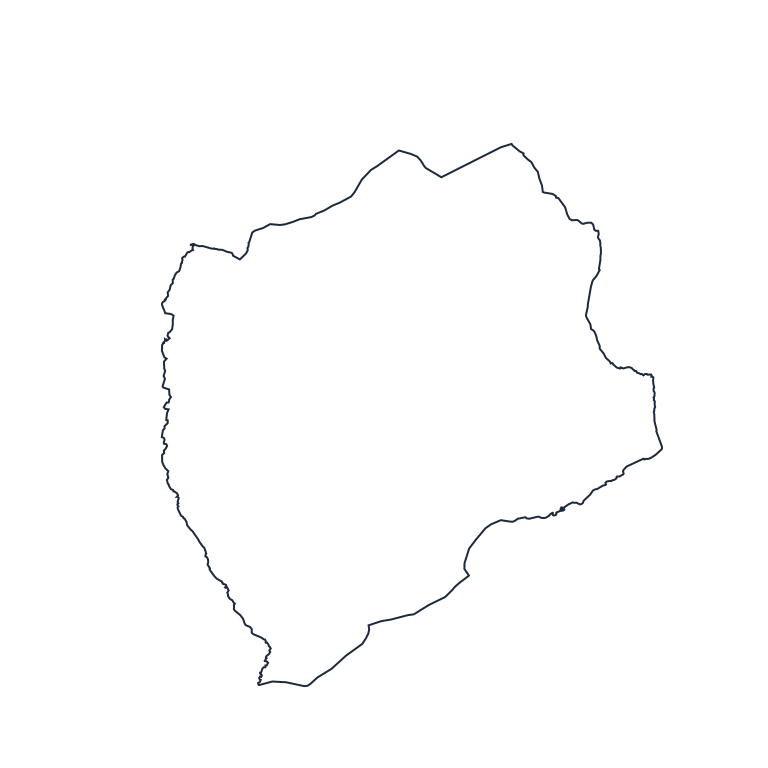 Oppegård nor, Akershus, Norway (Robinson projection), rotated 329°
{"feature_id": "86288312B19466548216946", "entity_name": "Oppegård nor", "entity_type": "district", "adm_level": 2, "iso_a3": "NOR", "parent_name": "Norway", "parent_adm1": "Akershus", "projection": "robinson", "projection_center": [10.813, 59.794], "detail": "fine", "context": "isolated", "style": "outline", "palette": "slate", "viewbox_px": 768, "rotation_deg": 329, "n_neighbors": 0, "source": "geoboundaries", "source_scale": "gbopen_adm2", "svg_char_len": 6166}
<svg xmlns="http://www.w3.org/2000/svg" viewBox="0 0 768 768"><g transform="rotate(329 384 384)"><path d="M490.0,588.2L491.9,588.6L493.4,588.3L495.0,586.9L503.7,585.0L508.3,582.9L510.5,583.0L512.5,583.8L519.1,583.8L521.9,584.7L522.7,584.3L522.7,583.2L523.0,582.7L524.6,582.3L527.2,583.2L528.9,584.3L529.9,584.1L532.0,584.8L534.6,584.6L535.5,583.4L536.1,583.3L538.0,584.5L542.5,584.7L543.3,584.2L543.8,582.1L545.1,581.0L549.5,579.7L567.5,581.6L568.1,581.8L568.1,582.5L568.6,582.9L570.3,583.2L571.7,584.3L574.7,584.8L580.2,584.6L588.3,583.0L589.3,582.2L590.0,580.7L593.1,564.7L594.0,563.9L596.6,555.4L600.0,549.3L600.9,546.8L601.8,546.3L602.8,544.6L604.7,543.2L604.7,542.6L605.8,540.3L607.2,538.3L607.0,536.8L608.1,535.3L608.1,534.4L609.4,533.9L611.2,531.3L611.6,530.4L611.5,528.9L612.8,526.7L613.7,526.3L614.9,522.7L616.3,519.8L618.3,517.1L617.9,516.0L616.9,515.5L617.8,514.4L617.9,513.4L615.1,512.0L614.6,511.7L614.5,510.8L612.8,509.9L610.8,510.2L610.1,508.1L609.0,507.7L608.3,506.3L606.8,504.8L606.9,502.9L605.5,501.9L605.7,501.4L604.9,499.7L604.6,498.0L603.1,496.0L601.2,495.0L597.1,493.9L595.4,491.7L595.0,492.3L594.2,492.3L592.0,489.8L590.6,485.6L590.6,483.7L588.9,483.1L589.2,481.7L588.9,479.9L587.6,475.9L588.0,471.1L587.1,464.9L588.6,462.1L589.2,456.4L590.7,452.0L591.3,447.5L591.1,446.2L589.8,443.5L591.6,439.3L591.9,431.1L592.4,429.2L598.5,422.7L600.0,420.4L611.3,407.4L614.7,404.1L616.4,402.7L621.8,400.8L627.6,397.4L627.4,396.4L627.7,395.8L633.5,389.0L635.5,385.6L637.0,384.1L640.1,378.8L640.7,376.6L641.8,375.1L642.8,372.7L643.0,371.4L642.7,370.0L643.0,368.2L645.2,366.2L646.5,363.0L644.4,361.7L643.8,360.1L645.4,355.0L644.7,352.5L641.8,350.7L637.0,349.2L636.1,348.0L634.7,343.9L634.0,342.9L629.4,340.4L628.1,338.2L628.4,333.0L630.3,325.6L629.2,314.5L627.5,312.9L628.1,311.3L626.4,307.9L619.9,302.4L619.0,301.2L621.6,295.4L623.1,287.4L625.1,281.5L624.3,275.9L624.6,269.7L623.0,265.8L621.4,260.1L621.5,259.1L622.4,258.3L620.1,254.4L617.0,245.7L617.0,243.9L606.3,241.3L539.6,236.3L531.1,220.4L530.7,218.3L530.6,211.0L529.5,206.1L525.4,200.5L517.0,191.5L490.4,193.7L483.2,193.8L470.4,197.3L457.6,204.4L452.5,206.3L451.1,206.3L439.8,205.8L431.8,204.6L422.1,204.5L413.3,203.1L411.3,203.8L407.7,203.5L396.2,199.2L389.2,198.1L381.2,196.1L376.7,194.1L368.7,188.3L360.6,188.0L352.7,186.1L349.1,186.3L341.4,193.1L340.5,193.3L340.2,194.3L338.4,196.5L337.3,196.9L336.7,197.6L336.4,198.8L334.9,200.0L332.5,201.2L324.6,203.0L320.7,196.3L321.2,194.7L321.0,193.1L317.5,189.8L314.6,185.8L310.8,183.2L310.5,182.5L308.2,180.8L308.2,180.3L306.4,179.6L299.6,172.3L296.7,170.8L294.5,168.4L293.0,165.9L289.4,164.8L292.5,167.2L290.9,167.7L289.8,169.0L289.3,170.8L288.2,170.4L285.2,170.7L283.4,169.9L278.9,172.3L278.4,171.8L276.6,171.8L275.6,172.3L275.3,173.9L273.6,175.2L273.4,176.0L271.9,176.4L270.0,178.8L266.5,181.8L263.5,181.7L260.6,183.2L258.0,185.5L256.8,185.6L254.7,188.9L252.0,189.5L248.8,192.8L245.7,194.1L244.3,197.3L242.0,198.0L239.9,199.5L239.5,198.9L238.7,199.8L236.6,199.9L235.2,200.6L234.6,201.7L233.8,204.9L233.8,206.7L232.9,210.6L237.2,214.1L238.2,215.6L238.8,217.1L236.0,220.2L233.7,224.1L230.5,228.0L227.1,229.1L225.3,229.1L223.4,231.0L223.2,232.3L223.7,233.4L223.8,234.4L220.2,235.0L220.2,233.6L219.5,233.7L219.3,233.0L218.7,234.1L217.7,234.7L216.8,234.7L216.5,235.6L215.4,235.2L215.1,235.8L213.9,236.3L210.7,241.2L209.5,248.0L210.7,250.3L206.9,251.5L203.4,258.0L203.2,260.0L199.2,263.6L199.0,266.6L193.0,272.0L193.1,273.5L197.0,278.0L194.5,282.7L194.6,285.5L191.7,286.8L191.0,287.9L189.8,288.9L188.1,287.9L183.3,290.4L183.6,292.6L186.3,294.8L183.0,297.2L178.8,302.7L179.9,303.8L178.3,306.2L174.2,307.1L172.9,309.2L170.6,309.8L166.2,315.1L167.5,316.9L167.2,318.8L165.2,320.6L164.6,321.8L166.4,323.4L166.2,325.4L163.3,327.1L161.0,327.7L160.0,330.0L157.3,330.5L153.8,336.4L153.2,339.7L153.2,343.7L154.2,347.6L151.9,349.6L150.8,353.4L148.6,354.3L147.4,357.9L147.7,359.5L147.2,360.4L147.2,364.5L148.5,366.0L148.6,367.0L148.2,367.6L149.2,368.5L150.3,371.3L150.1,373.4L148.4,374.0L149.2,374.4L149.3,376.1L146.3,378.8L146.3,380.4L144.9,380.7L144.6,381.8L144.8,383.0L143.5,383.5L142.9,385.1L142.2,392.2L143.3,394.5L143.0,395.8L143.7,396.7L143.7,400.3L142.5,403.9L143.4,409.8L144.0,411.4L144.7,421.5L144.5,424.7L145.0,430.1L145.6,431.8L144.7,436.4L144.1,437.3L144.2,437.9L143.1,438.5L142.1,439.9L142.9,441.0L142.8,443.6L141.9,445.7L139.7,448.1L139.9,452.3L139.1,452.8L139.1,456.0L139.7,461.7L140.4,464.8L143.3,469.8L142.9,470.8L143.3,471.2L143.1,472.7L144.3,473.6L145.1,475.0L144.6,476.2L143.0,476.5L143.3,477.1L144.8,477.5L144.5,481.0L142.2,482.1L141.8,484.5L141.1,485.2L141.2,488.7L142.6,491.3L142.5,494.0L143.0,495.5L141.5,496.1L140.4,498.4L139.4,499.5L139.4,501.4L141.7,507.8L142.3,512.7L141.3,516.7L141.2,519.4L144.0,523.2L144.4,526.1L142.5,529.0L143.1,531.1L148.2,538.1L149.4,540.9L150.4,541.8L150.2,543.6L149.5,544.3L149.5,545.0L150.5,545.4L150.8,547.9L150.4,548.8L150.4,549.9L150.8,550.4L150.6,552.5L149.0,553.0L148.3,553.7L148.5,555.0L146.5,556.2L143.0,556.7L142.0,557.4L142.2,558.5L141.1,558.7L140.4,559.5L138.4,560.0L139.4,560.2L140.6,561.4L141.1,563.3L138.4,564.8L137.4,564.2L136.4,565.7L135.0,564.9L133.1,565.4L130.1,568.0L129.1,567.6L128.7,568.4L129.3,570.7L127.9,571.8L127.0,570.9L125.5,571.8L125.3,573.4L125.9,574.2L123.9,575.5L122.1,575.4L121.5,577.1L121.8,577.7L135.0,581.5L146.3,589.1L159.9,601.8L162.7,603.2L166.3,603.2L175.6,601.3L192.4,601.1L211.5,597.3L231.5,595.6L238.1,592.4L239.8,591.1L241.7,590.2L244.9,586.7L246.5,582.9L259.6,585.9L268.4,589.4L285.6,594.5L291.0,596.8L308.5,596.5L326.7,598.1L335.9,595.9L340.6,594.3L346.2,593.3L358.1,592.0L357.7,583.9L360.7,579.1L372.2,568.9L382.7,564.7L396.8,559.9L403.6,559.4L414.0,560.9L421.5,567.1L423.6,568.4L425.9,568.7L429.3,568.4L436.5,571.0L437.2,572.8L439.1,574.3L447.7,577.0L448.8,578.0L449.6,579.5L452.2,581.4L453.6,581.9L457.3,582.0L459.7,581.2L462.0,581.1L462.3,581.6L461.2,583.0L461.3,583.6L462.1,584.3L463.6,584.8L464.9,584.2L465.0,583.4L465.6,583.0L469.6,583.5L472.4,584.8L473.7,584.6L474.0,584.3L473.6,583.6L470.9,582.8L470.8,582.3L471.1,581.9L472.5,581.1L474.0,582.6L480.4,582.2L484.7,582.7L486.0,583.9L487.8,584.8L490.0,588.2Z" fill="none" stroke="#1e293b" stroke-width="2"/></g></svg>